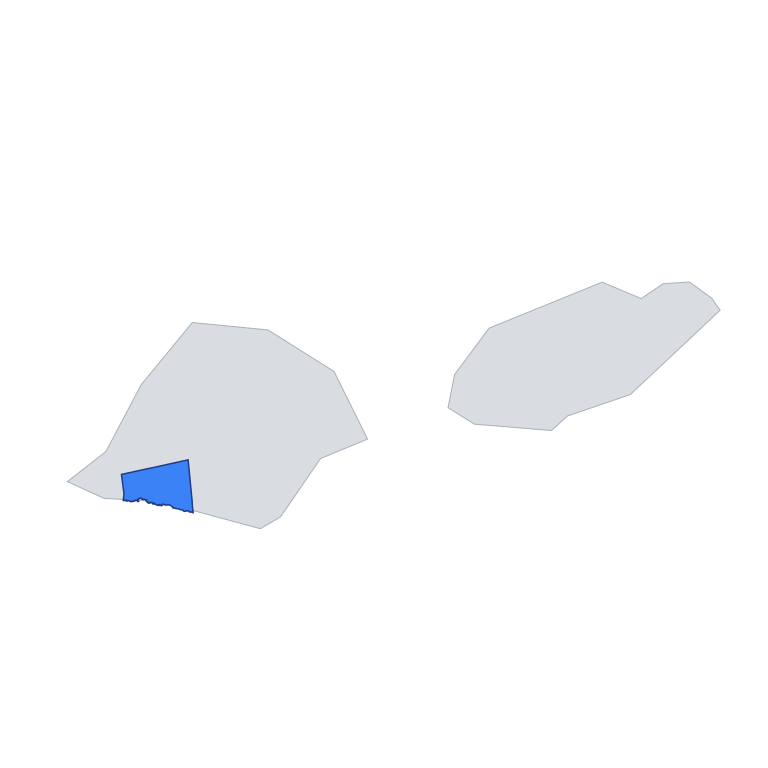 location of Salega, Satupa'itea, Samoa, rotated 317°
{"feature_id": "51752279B51702151911429", "entity_name": "Salega", "entity_type": "district", "adm_level": 2, "iso_a3": "WSM", "parent_name": "Samoa", "parent_adm1": "Satupa'itea", "projection": "equal_earth", "projection_center": [-172.669, -13.632], "detail": "fine", "context": "in_parent", "style": "filled", "palette": "blue", "viewbox_px": 768, "rotation_deg": 317, "n_neighbors": 0, "source": "geoboundaries", "source_scale": "gbopen_adm2", "svg_char_len": 4697}
<svg xmlns="http://www.w3.org/2000/svg" viewBox="0 0 768 768"><g transform="rotate(317 384 384)"><path d="M285.7,208.3L336.0,265.3L356.0,340.8L334.4,413.1L286.8,395.2L217.8,410.6L194.9,405.5L139.6,316.8L101.3,276.8L85.8,239.4L134.7,243.7L206.0,218.9L285.7,208.3ZM680.1,559.3L557.1,559.7L496.3,532.5L474.7,532.2L422.7,475.0L414.7,445.0L442.1,425.2L499.0,414.8L613.0,458.3L630.3,496.9L656.5,501.0L676.9,517.7L682.2,544.8L680.1,559.3Z" fill="#d9dde1" stroke="#a8b0b8" stroke-width="1"/><path d="M130.3,271.1L119.1,286.8L114.1,291.2L113.9,291.5L114.0,291.6L114.1,291.3L114.3,291.5L114.6,291.7L114.8,292.1L114.8,292.3L115.1,292.7L115.4,292.7L115.6,292.9L115.8,293.0L115.9,293.3L115.8,293.6L115.9,293.8L116.0,293.6L116.1,293.9L116.2,294.0L116.4,293.5L116.4,293.8L116.5,293.7L116.7,293.8L116.9,294.1L117.1,294.2L117.4,294.8L117.5,295.0L117.6,295.3L117.9,295.8L118.0,296.1L118.0,296.3L118.3,296.6L118.5,296.7L118.5,296.9L118.8,297.1L118.7,297.2L118.9,297.3L119.1,297.7L119.2,297.9L119.4,298.0L119.6,298.1L120.0,298.2L120.0,298.4L120.3,298.6L120.6,298.5L120.8,298.7L120.9,299.0L121.0,299.1L121.3,299.1L121.5,299.1L121.8,299.3L121.9,299.0L122.0,299.0L122.3,299.1L122.3,299.3L122.5,299.2L122.7,299.3L122.7,299.6L122.9,299.6L123.2,299.7L123.3,300.0L123.6,300.0L123.8,300.1L123.8,300.4L123.9,300.7L124.0,300.8L124.0,301.1L123.8,301.2L123.8,301.3L124.0,301.3L123.9,301.4L123.9,301.8L124.1,301.7L124.3,301.6L124.3,302.1L124.2,302.2L124.5,302.5L124.6,302.4L124.7,302.2L124.7,301.9L124.8,301.8L124.8,301.7L124.8,301.4L125.1,300.9L125.4,300.7L125.6,300.7L125.6,300.4L126.1,300.4L126.6,300.7L126.7,300.9L126.8,300.8L127.0,300.9L127.1,301.0L127.3,300.9L127.5,301.1L127.7,301.4L127.9,301.3L128.3,301.7L128.5,302.1L128.7,302.6L128.6,302.8L128.4,303.2L128.5,303.3L128.7,303.2L128.9,303.0L129.2,303.7L129.2,304.0L129.2,304.5L129.4,304.6L129.6,304.6L129.8,304.8L130.2,305.1L130.4,305.4L130.5,305.5L130.7,306.0L130.8,306.1L130.9,306.4L130.5,306.8L130.9,307.0L130.7,307.1L130.6,307.4L130.6,307.5L130.8,307.5L130.5,307.8L130.4,307.8L130.3,308.4L130.5,308.6L130.5,308.9L130.3,309.2L130.4,309.3L130.6,309.3L130.3,309.3L130.2,309.4L130.2,309.5L130.3,309.7L130.4,309.8L130.5,310.2L130.9,310.1L131.0,310.2L130.9,310.3L131.1,310.4L131.2,310.7L131.2,310.9L131.1,311.0L131.4,311.1L131.5,310.8L131.4,310.7L131.5,310.5L131.8,310.7L132.0,310.9L131.9,311.0L132.0,311.1L132.3,311.2L132.6,311.3L132.8,311.5L132.9,311.8L132.8,312.0L133.0,312.0L133.1,312.3L133.2,312.5L133.3,312.5L133.5,312.8L133.4,313.1L133.6,313.0L134.0,313.1L133.9,313.3L133.7,313.4L133.8,313.8L133.7,314.1L133.8,314.2L133.7,314.4L133.6,314.5L133.9,314.8L134.0,314.6L134.2,314.9L133.9,315.2L134.1,315.1L134.3,315.2L134.6,315.0L134.7,314.9L134.8,314.9L134.9,315.1L134.9,315.3L134.7,315.5L134.6,315.9L134.8,316.0L134.9,316.4L134.9,316.6L135.0,316.6L135.1,316.8L135.2,317.0L135.3,317.3L135.5,317.5L135.6,317.8L135.7,318.0L135.8,318.2L135.7,318.4L135.8,318.6L136.2,318.7L136.3,318.7L136.4,318.9L136.6,318.6L136.9,318.8L136.9,318.7L137.1,318.8L137.3,318.9L137.4,319.1L137.5,319.0L137.8,319.3L137.7,319.6L137.6,319.9L137.8,320.0L137.9,320.3L138.0,320.4L138.0,320.5L138.0,320.9L138.1,321.1L138.3,320.9L138.6,321.0L138.7,320.9L138.9,320.9L139.1,320.8L139.2,321.0L139.4,320.7L139.6,320.7L139.9,320.7L140.1,320.9L140.1,321.2L140.0,321.4L140.1,321.6L140.4,321.8L140.6,321.9L140.9,321.9L140.9,322.0L141.0,322.1L141.1,322.3L141.3,322.6L141.6,322.7L141.6,322.9L141.6,323.5L141.8,323.8L142.1,323.9L142.4,324.1L142.5,324.3L143.1,324.8L143.5,325.1L143.8,325.3L144.0,325.3L144.3,325.6L144.5,326.0L144.6,326.3L144.8,326.8L145.0,327.2L145.1,327.5L145.3,328.1L145.3,328.5L145.4,328.8L145.4,329.2L145.4,329.6L145.2,330.1L145.2,330.4L145.3,330.3L145.5,330.6L145.5,330.9L145.8,331.1L145.9,331.4L146.1,331.7L146.3,332.0L146.4,332.4L146.6,332.9L146.8,333.0L147.3,333.7L147.9,334.4L148.2,334.8L148.6,335.4L148.8,335.7L149.0,336.2L149.0,336.3L149.3,336.6L149.3,336.9L149.4,337.1L149.8,337.4L150.3,338.1L150.6,338.6L150.9,339.0L151.0,339.2L150.9,339.3L150.9,339.8L150.8,340.0L150.9,340.3L150.9,340.8L151.2,340.9L151.7,341.5L152.0,341.6L152.3,341.7L152.5,341.8L152.8,341.8L152.8,342.0L153.0,342.1L153.4,342.2L153.4,342.5L153.5,342.5L153.9,342.6L154.0,342.7L154.2,343.0L154.4,343.2L154.4,343.5L154.5,343.8L154.4,344.1L154.3,344.3L154.5,344.5L154.6,344.9L154.8,344.9L154.9,345.1L154.9,345.5L155.3,345.8L155.4,346.1L155.7,346.3L155.8,346.4L156.0,346.4L156.1,346.6L156.2,346.8L156.3,346.7L156.5,347.0L156.4,347.2L156.4,347.3L156.5,347.2L156.9,347.3L157.0,347.5L159.2,344.5L160.1,343.3L162.8,339.9L163.1,339.7L189.0,305.9L185.4,303.8L183.4,302.5L180.2,300.7L169.9,294.6L159.9,288.7L157.9,287.5L154.3,285.3L147.4,281.2L135.1,273.9L130.3,271.1Z" fill="#3b82f6" stroke="#1e3a8a" stroke-width="1.5"/></g></svg>